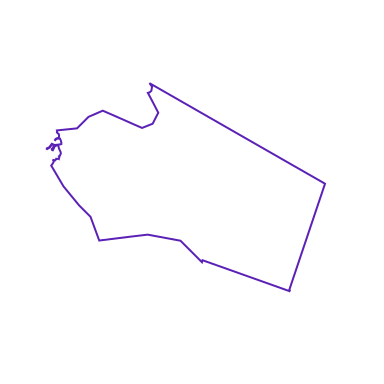 48, Ad Dawhah, Qatar, rotated 315°
{"feature_id": "91078587B17099224452406", "entity_name": "48", "entity_type": "district", "adm_level": 2, "iso_a3": "QAT", "parent_name": "Qatar", "parent_adm1": "Ad Dawhah", "projection": "robinson", "projection_center": [51.565, 25.262], "detail": "fine", "context": "isolated", "style": "outline", "palette": "violet", "viewbox_px": 384, "rotation_deg": 315, "n_neighbors": 0, "source": "geoboundaries", "source_scale": "gbopen_adm2", "svg_char_len": 1283}
<svg xmlns="http://www.w3.org/2000/svg" viewBox="0 0 384 384"><g transform="rotate(315 192 192)"><path d="M190.8,331.0L191.6,330.7L191.4,330.1L291.9,280.2L238.9,85.0L238.2,89.3L234.8,91.7L232.6,91.6L230.9,90.7L227.8,100.8L224.2,112.1L212.5,115.9L202.0,111.4L198.8,103.3L192.7,87.5L186.4,71.4L172.0,65.7L155.7,65.7L140.1,53.0L139.9,53.5L139.2,53.9L138.8,54.1L138.6,54.5L138.7,57.0L138.2,57.8L137.4,58.6L136.0,59.4L135.5,59.2L134.8,58.6L133.3,58.1L132.5,58.1L131.9,58.3L131.9,58.6L133.1,58.6L133.9,58.7L134.5,58.9L134.9,59.3L134.9,59.5L135.3,59.8L136.4,60.8L136.0,62.0L135.4,63.3L134.5,64.7L133.5,65.7L133.1,65.6L128.1,61.7L127.0,58.8L122.8,59.4L120.2,58.5L119.8,58.8L120.0,59.3L120.8,59.4L122.7,60.0L126.4,59.4L126.9,59.8L127.5,61.4L124.4,62.6L123.8,62.4L123.3,62.5L123.0,62.8L122.8,63.1L122.8,63.5L123.1,64.1L127.4,62.6L129.8,63.7L130.3,64.5L129.9,65.2L128.9,66.8L128.7,67.2L127.4,70.7L126.4,72.1L124.2,72.9L123.9,72.7L123.2,72.7L123.2,73.1L122.6,73.7L121.7,74.2L121.2,74.5L121.1,74.0L119.7,73.1L119.5,72.5L117.7,72.9L116.6,71.3L116.2,71.5L116.3,72.5L115.1,73.0L112.8,73.6L111.1,73.8L110.7,75.5L105.1,97.2L102.7,121.7L102.7,137.8L92.1,160.7L92.2,160.8L116.8,180.0L130.5,190.8L149.4,218.3L149.4,248.7L151.2,247.7L190.8,331.0Z" fill="none" stroke="#5b21b6" stroke-width="2"/></g></svg>